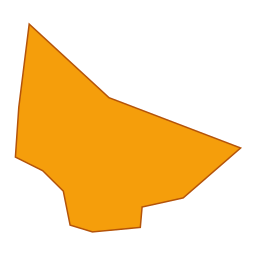 Pembroke, Equal Earth projection
{"feature_id": "MLT-5934", "entity_name": "Pembroke", "entity_type": "state/province", "adm_level": 1, "iso_a3": "MLT", "parent_name": "Malta", "parent_adm1": "", "projection": "equal_earth", "projection_center": [14.475, 35.933], "detail": "fine", "context": "isolated", "style": "filled", "palette": "amber", "viewbox_px": 256, "rotation_deg": 0, "n_neighbors": 0, "source": "natural_earth", "source_scale": "10m", "svg_char_len": 277}
<svg xmlns="http://www.w3.org/2000/svg" viewBox="0 0 256 256"><path d="M29.2,24.1L109.0,97.7L240.6,148.0L183.2,197.9L142.1,207.0L140.3,227.4L92.4,231.9L70.1,225.1L63.3,191.1L42.7,170.7L15.4,157.1L18.8,107.2L29.2,24.1Z" fill="#f59e0b" stroke="#b45309" stroke-width="1.5"/></svg>